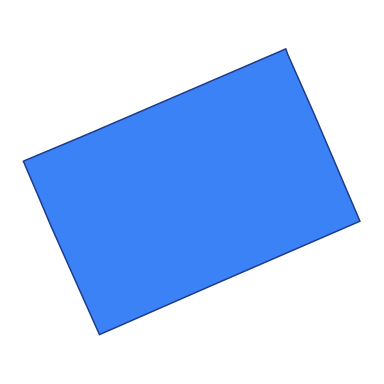 Huntington, Indiana, United States of America (Albers equal-area conic projection), rotated 247°
{"feature_id": "52423323B21091538173967", "entity_name": "Huntington", "entity_type": "district", "adm_level": 2, "iso_a3": "USA", "parent_name": "United States of America", "parent_adm1": "Indiana", "projection": "albers", "projection_center": [-85.437, 40.829], "detail": "fine", "context": "isolated", "style": "filled", "palette": "blue", "viewbox_px": 384, "rotation_deg": 247, "n_neighbors": 0, "source": "geoboundaries", "source_scale": "gbopen_adm2", "svg_char_len": 307}
<svg xmlns="http://www.w3.org/2000/svg" viewBox="0 0 384 384"><g transform="rotate(247 192 192)"><path d="M286.0,120.5L286.3,51.4L286.2,48.8L250.3,48.9L214.6,48.9L96.9,51.1L98.3,176.2L99.5,335.2L216.6,334.9L281.3,333.9L287.1,334.3L286.0,120.5Z" fill="#3b82f6" stroke="#1e3a8a" stroke-width="1.5"/></g></svg>